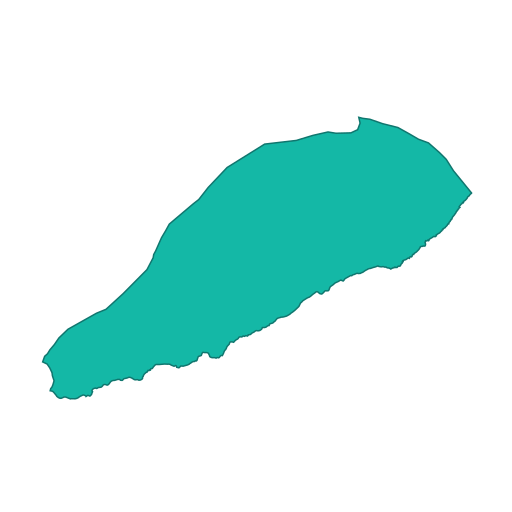 North Ambae, Penama, Vanuatu, rotated 177°
{"feature_id": "77236927B69269343415786", "entity_name": "North Ambae", "entity_type": "district", "adm_level": 2, "iso_a3": "VUT", "parent_name": "Vanuatu", "parent_adm1": "Penama", "projection": "natural_earth1", "projection_center": [167.879, -15.323], "detail": "fine", "context": "isolated", "style": "filled", "palette": "teal", "viewbox_px": 512, "rotation_deg": 177, "n_neighbors": 0, "source": "geoboundaries", "source_scale": "gbopen_adm2", "svg_char_len": 6064}
<svg xmlns="http://www.w3.org/2000/svg" viewBox="0 0 512 512"><g transform="rotate(177 256 256)"><path d="M468.6,132.2L466.7,131.7L466.0,131.3L465.3,130.7L464.5,129.6L462.8,127.3L462.2,126.2L460.8,125.0L460.1,124.6L459.5,124.3L458.9,124.2L458.3,124.1L457.7,124.2L456.0,124.8L455.5,125.1L454.3,125.2L453.4,125.1L448.8,123.0L448.2,123.2L447.4,123.1L444.0,122.9L442.4,123.2L440.7,123.9L440.1,124.4L438.3,125.4L438.0,125.4L436.2,126.2L435.4,126.2L434.4,125.8L433.3,125.2L433.1,124.6L431.4,125.6L430.7,125.5L429.2,124.8L428.0,125.8L427.5,126.3L427.1,127.3L426.9,128.0L426.3,129.0L426.8,129.7L426.9,130.1L426.3,131.2L425.7,131.7L424.8,132.2L423.9,132.4L423.1,132.5L422.3,132.1L421.8,132.1L420.3,132.9L418.4,133.0L417.6,133.1L416.9,133.5L416.0,134.3L415.7,134.8L415.1,135.3L414.8,135.5L414.3,135.6L413.0,135.5L411.6,134.9L411.1,134.9L410.7,135.0L409.7,135.7L408.7,136.9L408.0,137.8L407.0,138.6L406.0,139.0L404.9,139.2L403.7,139.2L400.5,140.0L398.6,139.9L398.1,139.5L398.0,139.1L397.8,139.0L396.2,138.8L395.7,139.0L394.7,140.1L394.2,140.4L391.2,140.9L389.1,141.6L387.8,141.3L386.4,140.6L384.1,139.0L383.3,138.7L382.1,138.7L381.2,138.8L380.7,138.7L379.5,138.1L378.9,138.1L377.9,138.2L376.5,138.8L376.0,139.3L375.7,139.7L375.6,141.1L375.0,141.6L374.4,143.0L373.9,143.7L373.4,144.2L371.8,145.5L371.6,145.7L371.2,145.6L370.8,145.8L370.3,146.6L369.8,147.4L369.2,147.2L368.7,147.2L368.3,147.9L367.4,147.6L367.1,148.6L366.9,148.9L366.8,149.0L365.7,149.0L365.2,149.4L364.3,150.6L362.7,152.2L362.0,152.7L361.5,152.9L358.2,152.7L353.1,152.9L349.9,152.6L348.7,152.6L348.1,152.4L347.6,152.4L346.6,151.6L343.6,150.2L342.1,150.8L341.7,150.7L341.3,150.2L341.0,149.0L338.9,148.4L338.4,148.6L337.9,149.1L337.0,150.0L336.1,150.0L334.4,149.8L333.6,150.0L330.0,150.8L328.3,151.5L328.0,151.9L327.1,152.3L325.4,153.4L324.6,153.8L322.8,153.9L322.3,154.3L322.0,154.6L321.3,154.3L320.9,154.4L320.4,154.9L319.3,157.8L319.0,158.4L318.5,158.8L316.4,159.3L315.8,159.6L315.0,161.6L314.4,162.3L314.0,162.6L312.2,162.2L310.7,162.2L309.4,161.9L309.0,161.6L308.5,161.0L307.7,159.2L307.6,158.5L307.3,157.8L306.7,157.4L306.1,157.1L305.3,156.8L304.5,156.7L303.2,156.7L302.4,156.6L301.2,156.1L300.3,156.6L299.7,156.6L298.9,156.3L298.1,156.5L296.7,158.1L295.9,158.5L294.8,158.3L293.5,160.6L292.8,162.3L292.0,163.5L291.2,164.1L290.4,165.5L289.9,166.7L289.4,167.4L289.0,167.8L287.4,169.3L286.8,170.8L286.4,171.4L286.1,171.5L284.7,171.5L284.0,171.4L283.0,171.0L282.3,171.5L281.4,172.5L280.5,173.2L278.6,174.1L278.0,174.7L277.4,175.6L276.8,176.0L276.0,176.1L274.3,175.9L273.6,176.5L273.1,176.7L272.5,176.7L272.1,176.4L271.5,176.4L270.6,177.0L270.0,176.9L268.7,176.5L268.0,177.1L267.9,177.7L266.2,177.8L265.5,178.0L264.1,179.2L261.7,180.3L260.4,181.3L259.7,181.5L258.1,181.2L257.4,181.2L256.1,181.4L254.3,182.5L253.7,183.5L253.4,184.2L252.4,184.2L251.5,184.1L249.8,184.4L248.4,185.4L247.2,186.0L246.7,185.8L246.3,186.3L245.9,187.3L245.5,187.6L243.6,188.0L242.6,188.3L241.3,189.4L240.1,190.2L239.4,191.2L238.1,192.5L236.7,193.0L235.0,193.3L234.3,193.6L233.2,193.6L231.8,193.7L228.6,194.4L225.2,196.1L224.2,197.0L222.2,198.2L220.1,199.7L216.7,202.6L215.8,203.4L215.4,204.1L214.0,206.7L212.9,207.5L211.5,208.9L207.8,211.0L206.4,211.7L205.0,212.1L203.5,213.0L202.5,213.8L200.9,215.0L199.1,216.1L198.1,216.9L197.0,217.2L196.2,216.9L194.3,215.1L193.4,214.8L192.5,214.6L191.9,214.8L190.8,215.7L188.8,217.6L188.1,217.7L187.5,217.5L185.8,217.5L185.1,218.0L184.3,219.6L184.1,220.4L183.2,221.6L180.6,223.2L178.3,225.0L175.0,226.3L173.0,227.4L171.9,227.3L171.2,226.8L170.2,226.5L169.5,227.1L169.0,227.9L168.1,228.8L162.6,231.5L161.4,231.3L160.5,232.1L159.0,232.4L158.1,232.7L156.8,233.3L155.6,233.4L154.5,233.1L152.6,233.2L151.5,233.8L150.3,234.1L147.6,235.8L145.4,236.8L144.7,237.2L143.7,237.5L142.4,237.6L138.8,238.6L137.9,238.7L134.7,239.7L133.9,239.1L132.0,238.7L130.9,238.6L129.7,238.8L129.0,238.5L127.8,238.1L126.8,238.2L126.1,237.6L125.2,237.2L124.1,237.1L123.3,236.8L122.3,236.1L122.1,235.9L120.5,236.7L120.0,237.0L118.9,236.9L118.7,237.3L118.2,237.6L117.6,237.6L117.0,237.1L116.7,237.2L115.7,237.2L114.5,238.4L113.4,238.3L112.5,238.5L112.0,239.2L111.7,240.1L110.6,241.0L110.3,241.4L110.3,242.3L109.8,242.2L109.3,242.7L109.4,243.1L109.5,243.7L107.2,244.5L106.8,244.4L104.0,246.1L103.0,245.6L102.2,247.1L101.6,247.2L100.7,247.0L100.2,247.5L99.9,248.6L99.1,249.4L98.4,249.3L98.1,250.0L97.6,250.5L96.8,250.9L95.5,251.7L93.0,254.0L91.8,255.7L91.4,256.4L91.3,256.7L90.8,256.9L89.4,256.9L88.5,257.3L88.0,257.1L86.8,257.1L86.4,257.6L86.1,258.5L86.1,259.4L86.2,259.9L86.5,260.6L86.5,260.9L86.1,261.3L85.8,262.4L84.6,262.1L83.5,262.9L83.0,262.2L82.5,262.4L82.6,263.1L81.5,264.0L78.8,265.4L77.9,266.0L77.3,266.3L76.3,265.9L75.8,266.0L74.8,266.8L75.0,267.5L73.4,268.5L72.6,268.9L71.7,269.3L71.0,269.8L70.3,270.6L69.0,271.6L68.8,272.2L67.9,272.6L67.8,273.4L67.3,273.5L66.1,274.3L65.6,274.4L65.2,275.0L64.8,275.5L64.4,275.7L63.5,276.6L62.9,277.8L62.2,278.0L62.0,277.9L61.7,278.1L61.7,278.7L61.4,279.5L60.3,280.4L60.0,281.2L59.5,281.5L59.4,282.2L58.4,282.7L58.2,283.5L57.6,284.7L57.0,285.3L55.4,287.0L55.0,287.7L54.5,288.2L54.0,288.9L53.6,289.9L53.1,290.1L52.6,291.1L52.0,291.4L51.6,292.3L51.1,292.5L50.5,293.6L49.9,293.8L50.1,294.1L50.5,294.6L50.0,295.3L49.5,295.8L48.2,297.2L47.7,297.4L47.3,297.9L47.0,298.5L46.7,298.7L46.4,298.2L46.2,298.2L45.8,299.0L45.8,299.4L45.5,299.8L44.3,300.5L43.0,301.7L42.0,302.9L41.5,304.0L39.9,305.0L39.0,306.3L37.7,307.2L37.4,307.6L54.3,330.7L61.0,342.6L67.2,349.5L77.8,359.9L87.6,364.1L96.6,370.0L107.6,376.9L122.6,381.5L135.1,386.6L142.2,387.9L146.1,389.1L145.1,383.2L147.9,376.8L154.8,374.0L169.7,374.4L177.6,376.1L192.7,373.5L204.1,370.7L209.6,369.3L241.5,367.3L280.2,345.9L300.1,327.0L310.2,315.4L315.9,311.4L334.2,297.5L340.9,292.4L344.8,286.1L349.4,279.2L355.9,266.4L358.1,262.8L358.8,259.6L365.6,248.1L390.7,225.3L408.6,210.6L418.3,207.2L447.6,192.7L457.1,184.5L462.0,178.1L466.7,173.1L469.4,169.2L472.3,166.9L474.6,161.4L470.2,159.0L467.8,155.0L465.8,150.1L465.6,147.1L464.2,142.0L465.5,138.2L466.5,136.0L468.0,134.2L468.6,132.2Z" fill="#14b8a6" stroke="#0f766e" stroke-width="1.5"/></g></svg>